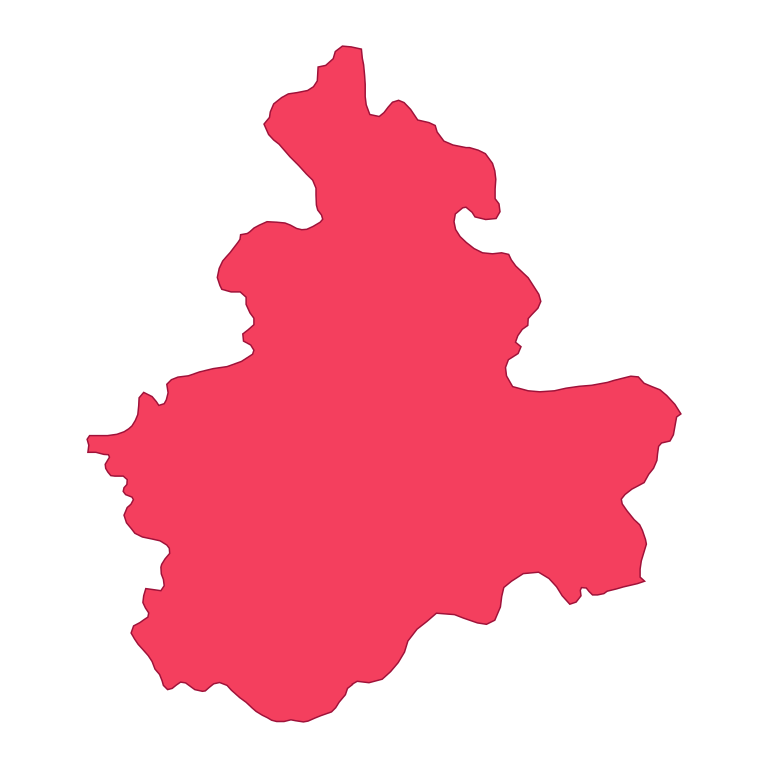 Buda-Kashalyova, Gomel, Belarus
{"feature_id": "67162791B74774527984565", "entity_name": "Buda-Kashalyova", "entity_type": "district", "adm_level": 2, "iso_a3": "BLR", "parent_name": "Belarus", "parent_adm1": "Gomel", "projection": "mercator", "projection_center": [30.535, 52.745], "detail": "fine", "context": "isolated", "style": "filled", "palette": "rose", "viewbox_px": 768, "rotation_deg": 0, "n_neighbors": 0, "source": "geoboundaries", "source_scale": "gbopen_adm2", "svg_char_len": 4152}
<svg xmlns="http://www.w3.org/2000/svg" viewBox="0 0 768 768"><path d="M143.2,603.2L145.4,607.9L148.7,612.9L147.9,617.1L144.1,619.6L139.9,622.6L133.6,625.9L131.1,633.0L134.5,638.9L138.2,644.4L142.4,649.0L148.3,655.7L152.1,661.5L155.0,669.1L159.6,674.5L162.1,680.8L163.4,685.4L167.6,689.6L172.2,688.4L176.4,685.0L180.6,682.1L185.6,682.9L191.9,687.5L194.8,689.6L202.4,691.3L205.3,690.9L209.1,687.5L213.7,683.8L219.6,682.5L227.1,685.4L231.3,690.1L239.7,697.6L246.0,702.2L252.3,708.1L256.1,711.4L262.3,715.2L267.4,717.7L271.6,720.2L276.6,721.5L284.1,721.5L290.9,719.8L295.5,720.7L303.4,721.9L308.0,721.1L314.8,718.1L321.0,715.6L331.5,711.9L335.7,707.7L339.1,702.2L345.4,694.7L347.5,688.4L352.5,684.5L352.3,684.1L357.2,681.3L369.0,682.7L382.2,679.2L390.6,671.6L398.2,662.6L404.5,652.1L407.9,641.0L417.0,629.2L426.7,621.6L436.4,613.2L454.5,614.6L463.5,618.1L477.4,622.9L486.5,624.3L494.8,620.2L500.4,607.0L501.7,596.5L503.8,587.5L511.5,581.2L523.3,573.6L538.6,572.2L549.0,578.5L556.6,586.8L562.2,595.8L569.8,604.2L576.1,602.1L581.0,595.8L580.3,590.3L581.5,587.6L586.3,588.0L589.0,591.4L592.5,594.9L597.6,594.9L603.9,593.6L607.2,591.2L616.5,588.9L623.4,586.9L632.0,584.9L637.5,583.6L644.6,581.2L640.1,577.1L640.1,569.1L641.3,560.9L646.4,544.1L645.5,539.5L642.4,530.4L639.6,524.7L634.1,519.6L627.0,510.8L622.2,503.9L621.3,499.1L625.0,494.5L631.9,489.1L644.1,482.6L648.7,474.3L653.5,468.3L656.9,460.4L657.5,454.1L658.6,446.4L661.5,443.0L670.0,441.0L673.4,434.8L676.6,417.0L680.9,413.9L674.9,404.4L666.8,395.6L660.0,389.8L651.9,386.6L644.1,383.3L638.3,376.9L630.8,376.2L614.0,380.4L607.5,382.4L591.6,385.3L579.3,386.3L566.0,388.2L554.4,390.8L539.8,391.8L528.2,390.8L512.6,386.6L506.5,375.9L505.5,367.5L508.4,359.7L518.1,353.5L521.0,346.7L515.5,342.2L517.8,335.7L522.3,329.3L527.8,325.4L528.2,318.6L531.4,315.0L537.9,308.2L540.8,301.4L538.8,294.3L528.2,277.8L515.8,266.1L511.3,259.9L508.7,254.4L501.6,252.8L492.5,253.8L482.5,252.8L474.1,248.6L466.3,242.5L460.1,236.6L455.6,229.5L454.0,221.7L455.3,214.0L462.7,207.8L466.0,207.2L472.1,212.3L475.0,216.9L485.7,219.5L496.1,218.5L500.0,211.7L499.0,203.9L495.1,198.7L495.1,189.0L495.8,179.3L494.8,170.9L492.5,163.4L485.4,153.7L478.3,150.2L469.5,147.6L466.0,147.6L453.0,145.0L443.9,141.1L437.1,132.0L435.2,125.5L429.0,122.6L417.7,120.0L410.6,109.4L404.1,102.6L398.6,100.3L392.5,102.2L388.2,107.1L384.0,112.6L379.2,116.5L369.8,114.5L366.2,104.8L365.2,96.7L365.2,84.4L364.6,75.3L363.6,64.7L362.3,58.2L361.4,49.1L351.2,46.9L342.4,46.1L335.3,51.5L333.2,58.7L325.7,65.4L318.1,67.0L317.7,74.2L317.3,80.9L313.5,86.7L307.6,90.5L297.1,92.6L288.3,93.9L281.6,97.6L273.7,103.9L270.3,111.9L269.5,117.4L266.1,121.5L264.0,124.1L268.6,134.5L273.7,140.0L279.1,144.2L290.0,156.8L298.8,165.6L306.4,174.0L312.7,180.2L316.0,188.2L316.0,194.9L316.4,205.0L317.7,210.0L321.5,215.0L322.7,219.2L320.2,222.2L313.1,226.4L306.8,229.3L301.8,229.7L296.7,228.5L290.4,225.1L285.0,223.0L276.6,222.2L267.0,221.7L259.4,225.1L254.0,228.0L249.8,231.8L247.3,233.5L240.6,234.7L240.0,239.3L238.0,242.3L234.3,247.1L230.1,252.6L226.4,256.7L222.7,261.0L219.2,268.4L217.3,277.5L219.9,285.4L221.8,289.3L231.0,291.9L240.2,291.9L246.1,297.2L246.1,304.4L250.0,312.9L253.9,318.2L253.9,324.7L248.0,329.9L242.8,333.9L243.5,341.1L250.7,345.0L253.9,350.2L252.6,354.2L241.5,361.4L227.1,366.6L213.3,368.6L199.6,371.9L188.4,375.8L177.9,377.1L171.4,379.7L166.8,384.3L168.1,392.8L166.3,399.9L164.2,403.7L158.8,405.4L156.3,401.6L152.1,396.6L143.7,392.4L139.1,397.8L138.7,405.8L137.8,414.6L135.3,420.5L132.0,425.9L128.6,428.9L124.0,431.8L116.9,434.3L107.6,435.6L100.1,435.6L89.6,435.6L87.1,439.3L88.8,445.2L87.9,452.3L95.9,452.3L103.9,454.4L108.4,454.7L109.5,457.1L107.6,460.3L105.2,464.3L105.7,468.4L107.9,472.1L110.8,475.6L114.8,476.1L123.2,476.1L127.2,479.6L126.9,484.5L124.0,487.7L123.2,491.4L125.6,494.6L132.0,497.1L133.4,499.7L130.9,504.3L127.2,507.5L124.0,515.2L126.5,522.8L132.0,529.5L134.9,533.3L142.4,537.0L152.5,539.1L160.0,540.8L166.8,545.0L169.3,548.3L169.7,553.4L165.1,558.8L161.7,564.3L160.9,567.2L161.3,573.9L163.4,579.4L164.2,585.7L160.9,590.7L151.7,589.4L145.8,588.6L143.7,595.7L142.9,602.4L143.2,603.2Z" fill="#f43f5e" stroke="#9f1239" stroke-width="1.5"/></svg>